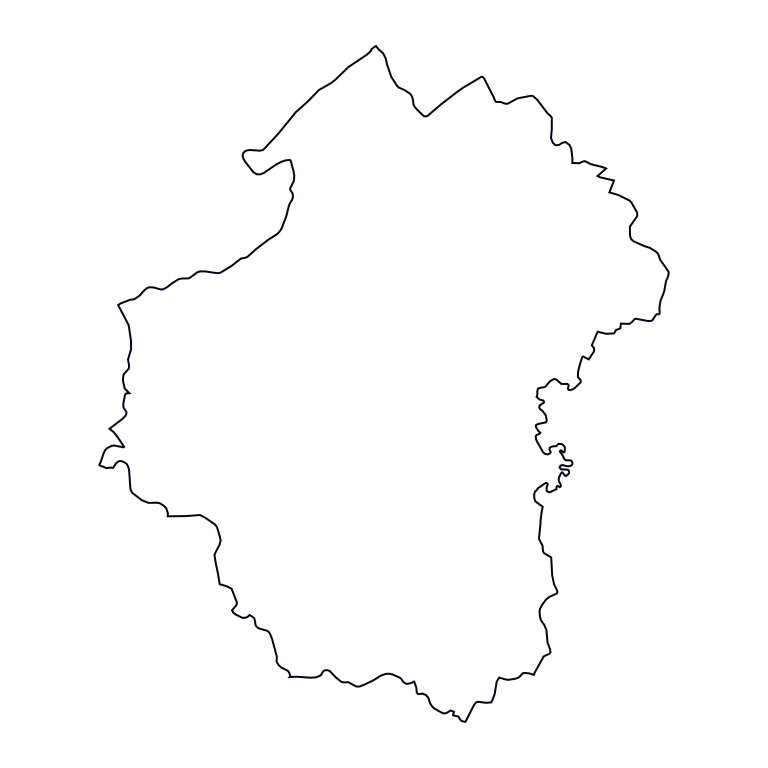 the district of Yen Thanh, Nghệ An, Vietnam
{"feature_id": "81297802B75629290490646", "entity_name": "Yen Thanh", "entity_type": "district", "adm_level": 2, "iso_a3": "VNM", "parent_name": "Vietnam", "parent_adm1": "Nghệ An", "projection": "robinson", "projection_center": [105.458, 19.022], "detail": "fine", "context": "isolated", "style": "outline", "palette": "ink", "viewbox_px": 768, "rotation_deg": 0, "n_neighbors": 0, "source": "geoboundaries", "source_scale": "gbopen_adm2", "svg_char_len": 6096}
<svg xmlns="http://www.w3.org/2000/svg" viewBox="0 0 768 768"><path d="M481.4,76.8L462.9,87.8L455.6,93.1L441.0,104.4L427.5,115.9L426.0,116.4L423.8,116.1L416.8,109.4L414.5,106.5L413.6,104.9L412.9,99.9L412.1,96.6L410.2,93.8L404.6,90.1L398.5,87.4L396.6,85.1L391.4,77.1L387.1,64.7L385.6,58.1L383.1,53.3L378.6,49.3L376.0,46.1L374.4,46.9L371.3,49.4L371.2,50.5L367.4,54.3L348.2,67.2L335.9,79.2L331.1,83.1L318.9,90.0L308.0,101.3L296.0,112.0L278.1,133.9L263.2,149.9L260.2,150.7L249.7,150.0L246.7,150.5L244.6,151.6L243.3,153.1L242.6,154.9L243.1,157.8L243.8,159.4L245.6,162.3L253.3,172.1L256.5,174.2L260.0,174.4L263.6,173.1L276.3,164.4L281.4,161.8L285.1,160.5L288.6,160.0L290.3,160.2L290.8,161.0L293.7,172.0L294.3,175.9L293.9,180.7L290.2,188.3L290.1,189.0L290.3,190.0L292.2,192.7L292.9,194.7L292.9,197.4L292.0,200.0L289.9,203.3L288.8,206.2L286.3,216.3L281.6,228.5L279.6,231.5L277.3,234.0L267.9,240.0L255.6,249.5L247.4,256.9L245.8,257.6L240.9,258.6L231.4,266.0L220.3,272.8L217.2,273.2L205.3,271.4L199.8,271.4L197.2,272.4L189.5,278.0L188.1,278.4L181.9,278.5L178.4,279.3L172.1,283.3L166.8,287.4L163.3,289.2L160.7,289.5L153.8,287.5L150.5,287.2L147.7,287.7L144.4,290.2L139.9,295.4L134.4,299.2L130.0,299.8L121.0,303.3L118.1,305.0L128.7,325.2L131.0,340.9L131.1,349.1L128.0,359.6L129.1,365.6L128.8,368.6L123.7,374.3L122.9,378.8L123.0,380.9L124.7,388.5L129.3,393.2L125.7,393.6L125.0,395.0L123.3,403.7L123.5,407.6L126.3,411.7L126.5,413.2L125.7,415.5L122.8,418.6L109.5,428.8L114.0,432.4L117.8,437.4L124.1,446.8L123.6,447.3L113.8,445.5L111.6,445.9L107.3,448.0L105.6,449.6L103.8,452.8L100.7,462.0L99.3,464.8L101.0,466.2L102.1,466.3L106.5,468.1L111.3,467.6L113.0,467.9L116.7,462.6L119.3,461.0L120.8,461.0L123.2,461.8L126.2,463.4L127.7,465.6L129.0,469.1L130.5,489.6L132.2,492.8L141.6,500.1L148.6,502.9L157.2,502.7L160.0,503.3L164.1,506.0L166.3,508.4L167.9,513.5L167.7,516.3L186.0,516.1L200.0,515.0L205.3,517.8L214.7,524.3L216.9,526.9L219.9,536.7L220.6,540.7L219.5,544.8L215.6,552.3L214.5,555.0L215.5,561.9L218.0,573.8L219.7,584.2L226.6,586.2L231.6,588.8L237.0,602.6L236.4,605.2L232.0,610.3L233.3,612.8L236.2,614.8L242.3,617.8L244.7,617.8L247.3,617.2L249.6,615.0L254.1,618.0L255.1,621.4L255.4,624.5L256.5,626.7L259.1,628.5L266.3,630.5L268.4,631.5L270.0,633.8L272.1,639.0L276.9,656.9L276.5,661.1L277.5,663.4L278.8,665.2L281.4,667.6L288.0,670.9L289.3,672.9L290.3,676.1L289.6,677.1L296.7,676.7L310.3,677.7L316.3,677.3L320.7,675.4L323.3,671.2L325.3,670.2L327.7,670.2L329.7,671.0L335.8,677.4L341.6,682.0L344.3,682.4L348.3,682.2L356.2,686.5L359.6,686.5L364.2,684.7L373.6,680.2L380.5,675.8L385.6,673.9L389.2,673.7L392.3,674.4L399.9,677.7L401.9,679.7L403.0,681.6L404.8,683.1L406.9,683.9L411.3,683.0L414.2,681.6L416.3,687.4L416.8,692.8L418.0,693.9L418.9,694.1L422.7,693.6L426.0,695.1L428.3,697.8L430.1,703.2L431.9,706.1L433.9,708.2L440.8,712.2L443.6,713.4L446.2,713.2L450.7,710.5L454.0,711.9L453.0,715.0L453.8,715.5L458.3,716.5L460.7,720.2L461.8,721.1L465.4,721.9L474.1,704.8L476.3,702.2L477.9,701.8L486.1,702.8L491.2,702.4L492.9,698.9L494.7,694.0L496.7,681.7L499.1,677.6L506.5,679.7L508.7,679.8L515.0,678.8L517.7,677.9L519.2,677.1L522.7,673.4L524.2,672.9L529.2,673.4L533.9,674.8L534.7,672.6L543.7,656.4L549.5,653.7L550.5,652.4L550.1,649.5L547.5,642.4L546.4,629.9L544.1,624.7L541.1,620.6L539.9,616.4L539.6,612.3L539.9,608.9L542.2,604.7L545.9,599.7L549.1,597.0L557.0,593.4L557.4,592.0L556.7,589.6L554.1,584.5L552.2,575.4L551.2,557.4L543.8,553.0L543.0,551.2L542.5,545.5L539.1,539.2L539.0,538.0L540.5,523.8L540.5,520.9L541.6,512.2L542.7,506.7L535.3,501.3L534.2,497.7L534.2,493.9L535.1,491.6L536.7,490.1L538.2,487.8L539.3,487.4L545.6,483.0L546.6,483.0L547.5,483.7L547.7,484.7L546.6,487.2L546.6,490.2L547.0,491.2L549.4,492.4L556.3,489.3L556.6,486.8L557.1,486.1L557.8,485.9L559.7,487.1L560.5,486.7L560.9,485.9L560.8,484.8L558.9,481.4L558.7,479.5L559.1,477.3L560.9,473.5L561.7,472.5L562.4,472.4L565.3,475.9L566.0,476.0L568.5,473.9L569.1,473.0L569.2,472.1L568.7,470.5L567.8,469.7L561.0,469.3L559.6,467.7L560.0,466.3L561.1,465.4L562.6,465.0L566.2,466.1L568.9,466.3L570.5,465.9L571.8,465.0L572.4,464.1L572.4,462.8L571.7,461.3L570.8,460.4L565.6,460.3L563.8,458.2L562.8,455.6L560.0,451.8L559.9,451.1L560.5,450.5L561.3,450.4L563.3,452.3L563.9,452.3L564.6,451.7L564.9,447.7L564.5,446.4L562.1,444.2L558.8,443.8L558.0,444.3L556.4,446.1L552.5,446.4L550.1,447.4L549.6,448.2L549.5,449.4L550.7,452.4L550.0,453.3L547.8,454.4L545.2,454.0L543.3,452.6L536.9,441.3L536.1,439.3L535.7,436.5L536.5,435.1L539.9,433.5L540.3,432.9L538.1,430.5L536.2,427.6L535.7,425.9L536.1,424.9L539.3,423.7L545.8,422.4L546.8,420.8L545.9,415.8L545.1,414.2L542.0,410.5L539.9,408.9L539.2,407.6L539.7,405.3L543.8,402.7L544.0,401.8L543.4,400.6L539.6,399.5L536.6,397.0L537.5,393.9L537.2,391.9L537.9,388.8L539.0,388.1L544.3,387.1L545.6,386.5L550.2,381.0L553.8,379.1L555.0,379.0L556.5,379.7L561.3,383.9L563.4,384.1L567.2,383.8L568.3,384.7L568.7,385.7L567.9,388.5L568.5,389.8L569.5,390.1L571.8,389.7L574.7,388.1L580.5,382.5L580.8,381.7L580.5,379.8L578.2,377.5L577.9,376.7L578.1,371.4L579.8,364.8L582.2,357.2L582.5,356.7L583.3,356.6L588.7,359.4L593.9,351.6L594.2,350.3L594.1,348.2L591.8,345.4L597.6,331.8L606.3,333.8L613.8,333.4L614.5,332.8L615.9,330.1L620.3,328.4L620.9,323.6L629.4,323.9L632.3,321.7L634.4,319.3L635.7,318.7L647.8,321.0L651.2,320.9L652.3,320.4L655.6,315.3L656.7,314.3L659.1,314.2L659.6,313.8L659.5,306.6L660.6,300.5L663.2,294.2L664.3,290.7L666.1,280.8L668.1,276.5L668.7,273.3L668.5,271.6L660.2,259.8L658.1,253.9L656.0,251.7L649.9,247.9L644.1,246.0L633.6,241.3L631.0,238.9L630.0,235.4L629.9,226.6L637.3,216.0L637.1,212.5L631.4,202.5L629.4,200.5L618.3,195.0L609.4,192.4L614.0,180.5L600.0,177.3L597.6,176.0L606.1,168.5L602.3,167.0L590.9,164.2L584.7,161.1L582.3,161.7L579.3,163.2L572.4,163.0L572.4,158.0L571.3,149.0L569.7,145.2L565.5,142.0L562.3,142.8L558.9,145.0L556.1,145.2L555.0,144.9L552.8,142.7L551.0,138.0L551.8,129.1L551.8,117.8L550.6,116.0L547.5,113.3L537.6,100.2L533.5,96.4L531.6,95.7L517.7,98.3L507.9,103.6L506.5,103.8L504.5,103.5L501.2,102.1L496.1,101.9L495.4,101.4L493.6,97.1L484.2,78.6L482.9,77.1L481.4,76.8Z" fill="none" stroke="#020617" stroke-width="2"/></svg>